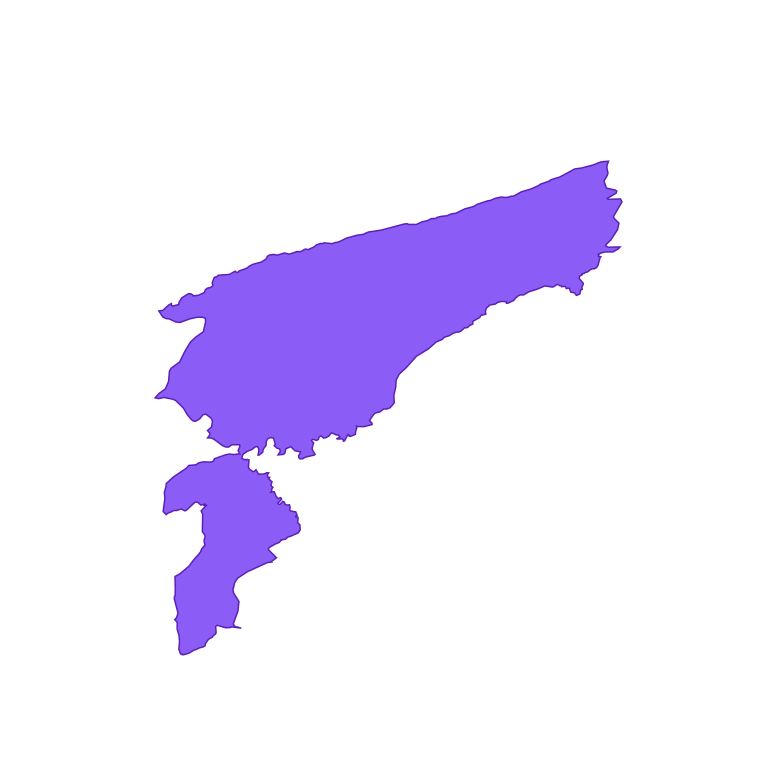 Kigoma, Kigoma, United Republic of Tanzania, rotated 66°
{"feature_id": "72390352B30674118715659", "entity_name": "Kigoma", "entity_type": "district", "adm_level": 2, "iso_a3": "TZA", "parent_name": "United Republic of Tanzania", "parent_adm1": "Kigoma", "projection": "equal_earth", "projection_center": [29.769, -4.701], "detail": "fine", "context": "isolated", "style": "filled", "palette": "violet", "viewbox_px": 768, "rotation_deg": 66, "n_neighbors": 0, "source": "geoboundaries", "source_scale": "gbopen_adm2", "svg_char_len": 6134}
<svg xmlns="http://www.w3.org/2000/svg" viewBox="0 0 768 768"><g transform="rotate(66 384 384)"><path d="M354.8,112.6L350.3,123.4L348.1,125.3L347.0,124.5L344.6,118.1L338.0,107.9L332.6,103.9L326.2,106.5L324.3,106.2L314.4,92.5L311.1,92.7L306.4,104.2L305.2,104.4L304.1,94.4L302.5,92.9L301.0,93.7L295.5,101.1L288.1,100.5L284.4,95.3L282.4,93.6L277.1,92.4L274.8,91.2L271.8,88.3L270.2,92.7L269.3,96.1L268.9,104.3L267.0,115.8L265.1,122.3L266.4,139.2L265.3,148.3L265.8,150.3L265.1,159.6L265.6,162.4L265.6,170.4L264.3,180.3L265.1,189.4L264.0,191.8L264.0,194.0L262.8,197.6L260.8,201.0L259.6,207.1L259.6,211.8L258.8,215.0L257.8,225.6L258.3,230.4L256.9,238.6L257.2,248.9L256.0,253.3L255.9,258.1L253.9,264.4L253.4,267.9L253.8,269.5L252.2,273.2L252.4,278.0L251.3,283.4L251.4,289.6L248.2,296.6L247.0,297.6L246.1,300.2L242.2,324.2L238.8,336.6L238.8,342.3L237.2,347.7L235.5,358.5L235.8,367.9L234.9,371.1L234.7,374.2L230.7,381.3L230.6,383.4L229.7,385.0L229.5,389.5L230.3,391.8L230.4,398.8L229.1,400.2L228.6,402.0L229.2,404.9L228.8,407.3L227.6,409.5L226.9,417.6L223.7,421.8L222.9,429.1L220.7,432.2L219.6,436.2L219.9,438.6L221.8,440.8L222.7,446.4L221.4,454.6L221.5,458.9L222.4,462.3L221.8,470.4L222.5,471.4L222.2,473.1L220.4,474.2L221.0,480.7L217.3,490.9L218.1,493.6L217.5,494.7L218.2,496.4L221.8,499.8L224.6,500.4L225.2,502.8L224.6,506.6L225.3,509.0L227.4,510.7L227.4,517.6L226.2,521.5L225.7,522.6L224.6,522.6L222.9,524.0L222.0,525.8L223.0,533.7L226.0,538.0L227.9,539.3L226.8,545.5L225.7,546.1L224.0,545.5L224.3,548.7L226.8,556.1L225.7,560.0L233.0,558.8L235.8,556.2L237.2,553.7L242.7,548.9L244.8,545.4L245.5,535.0L247.1,527.3L249.2,522.6L251.3,520.5L254.5,521.6L262.8,527.8L264.7,537.4L267.0,543.8L273.3,552.8L280.8,561.8L282.9,571.9L285.0,574.8L294.1,579.8L299.5,585.6L301.1,593.2L303.5,598.7L305.6,596.0L306.9,590.3L312.0,583.1L314.4,581.0L324.2,577.1L332.4,576.1L338.3,574.4L340.2,573.3L341.3,571.5L341.2,569.1L340.9,566.5L338.5,562.0L339.0,559.1L344.2,556.2L346.1,555.7L348.5,556.0L353.1,559.0L354.7,564.2L358.2,563.1L359.6,563.9L361.5,567.1L363.1,563.7L365.5,561.7L374.6,556.6L377.2,554.2L378.4,551.6L377.6,547.8L380.8,540.6L382.3,541.0L385.6,544.4L389.1,544.2L387.3,550.0L385.1,553.6L384.2,557.8L383.3,569.2L384.9,571.2L385.2,573.4L381.6,580.8L380.7,585.2L381.3,588.8L379.0,595.4L380.5,598.6L383.3,614.3L386.4,623.5L388.6,624.5L393.7,628.8L399.4,630.7L410.6,637.6L414.7,636.2L413.9,632.9L414.3,632.0L414.1,627.5L415.3,624.7L415.6,620.2L418.9,617.5L419.0,615.9L415.2,605.0L415.9,602.5L420.1,600.6L420.9,596.4L421.5,596.4L421.9,597.4L422.6,595.8L425.6,602.7L429.3,602.6L445.0,610.0L449.5,609.1L451.3,609.8L452.7,611.4L455.0,612.5L458.2,613.0L460.5,617.6L462.8,620.0L464.5,623.2L467.3,629.5L471.1,636.3L474.4,647.6L474.8,653.2L486.8,658.2L492.4,660.9L492.8,661.8L494.8,662.9L509.6,665.4L513.4,668.9L514.0,671.0L517.7,669.9L523.9,672.7L530.2,673.5L536.2,675.6L542.9,679.3L547.8,679.7L548.4,678.3L549.2,678.5L549.8,677.2L550.4,673.0L550.5,670.4L549.8,665.8L550.2,663.1L550.0,659.9L550.7,655.7L550.3,653.9L548.6,652.7L546.3,649.1L545.6,646.9L545.6,644.1L544.4,642.1L543.9,639.5L542.6,638.4L537.0,636.4L536.5,634.7L542.2,627.9L543.7,624.3L544.2,621.4L549.0,613.7L544.7,618.9L541.9,619.3L531.9,609.7L523.7,605.0L513.8,606.4L510.6,605.7L504.6,601.1L501.8,596.5L499.9,585.1L499.7,563.2L500.9,559.2L500.5,559.4L499.0,552.9L488.4,557.0L487.4,556.5L486.7,555.1L486.0,548.8L486.1,544.3L484.8,541.0L483.9,541.7L484.8,541.0L485.7,537.0L484.6,533.5L485.1,531.9L485.1,522.8L483.2,519.9L478.3,518.1L475.7,519.3L471.3,516.9L470.3,517.0L469.6,518.7L468.5,517.9L468.6,516.8L464.9,516.6L462.4,520.5L460.9,521.5L458.7,520.0L455.9,519.5L455.5,521.2L453.8,523.3L451.5,523.0L450.0,524.3L451.8,528.2L451.0,529.1L449.8,529.4L447.6,524.4L445.8,524.6L445.6,527.4L442.7,528.2L437.8,528.1L436.6,532.5L436.9,530.4L434.3,529.3L433.2,527.5L431.6,528.4L430.0,528.2L427.9,526.1L423.7,527.9L422.8,526.5L422.2,527.9L419.7,527.7L418.3,525.5L417.4,527.1L417.4,530.3L415.3,535.3L410.3,535.9L411.0,537.7L410.7,539.4L406.7,541.7L404.7,541.6L398.5,538.2L397.3,539.6L396.5,542.1L394.0,544.1L391.8,542.4L390.6,540.6L389.9,536.1L390.1,531.4L389.1,527.2L389.6,525.1L391.9,524.8L394.2,525.6L397.8,528.0L398.1,526.7L397.0,522.6L394.5,520.9L392.1,516.7L388.4,514.8L386.8,512.5L386.7,509.8L388.5,506.9L395.0,507.9L395.6,509.4L399.1,507.9L400.7,505.8L403.3,506.0L405.7,509.6L407.3,504.7L406.9,502.7L403.2,500.0L403.4,494.6L408.8,492.5L412.0,488.0L413.6,489.2L414.7,491.2L416.6,491.8L418.3,491.1L419.2,488.8L418.9,485.1L420.6,476.4L420.3,475.6L414.9,476.2L413.1,475.6L409.2,472.2L406.4,473.3L405.5,472.1L406.0,470.8L407.9,468.9L408.1,467.6L407.8,466.3L406.0,465.0L405.8,463.4L406.1,462.4L408.8,461.2L409.4,459.2L409.2,455.6L407.4,452.3L408.1,450.9L411.0,448.4L412.0,446.7L413.5,446.0L414.6,445.9L414.7,449.2L415.2,449.2L417.1,444.7L418.0,444.0L419.7,444.3L419.9,443.1L415.5,437.6L416.1,436.7L417.4,437.1L418.2,436.0L418.4,430.7L415.1,428.7L413.6,427.1L411.2,426.2L412.2,425.4L414.9,419.4L416.2,411.4L415.1,410.9L411.4,412.1L407.5,405.6L407.0,403.4L407.8,399.2L406.7,394.2L408.0,391.7L408.2,388.1L405.4,382.3L398.5,379.7L391.5,374.5L386.6,372.0L384.9,370.8L381.1,366.0L378.1,357.0L371.8,343.0L370.0,329.2L366.9,319.4L366.9,312.4L365.8,310.0L366.4,304.8L365.8,300.9L366.0,297.1L367.0,294.3L367.0,292.2L365.4,287.5L366.2,286.1L366.2,284.1L365.3,281.5L365.4,278.6L362.9,277.3L362.2,269.7L360.8,267.4L361.6,262.6L358.7,261.7L356.3,259.6L354.9,254.9L356.2,250.1L355.7,246.4L356.4,243.2L357.3,240.9L359.2,238.5L360.1,239.2L360.6,237.7L360.4,231.4L359.0,228.9L358.1,225.8L358.0,223.3L359.4,220.2L358.7,214.3L359.7,205.3L359.8,197.2L363.9,190.8L364.2,189.0L363.5,186.1L363.8,184.7L365.8,183.3L366.3,182.3L367.4,182.1L368.1,179.4L369.5,178.5L370.9,178.7L371.9,175.8L376.1,176.0L378.2,172.9L381.3,172.2L381.5,169.4L381.3,168.4L378.1,166.0L378.2,164.4L376.2,164.0L373.8,161.3L372.9,161.0L366.9,162.8L365.2,161.4L364.7,158.4L363.9,158.1L364.4,156.2L364.0,155.1L364.4,152.2L363.5,149.1L363.5,146.9L364.3,144.8L364.2,142.7L362.4,140.0L356.7,135.5L355.9,134.2L354.5,136.2L353.4,135.2L352.6,135.4L352.8,130.6L353.6,127.5L356.5,121.0L355.8,114.7L354.8,112.6Z" fill="#8b5cf6" stroke="#5b21b6" stroke-width="1.5"/></g></svg>